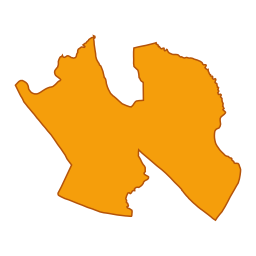 Kampong Rou, Svay Rieng, Cambodia
{"feature_id": "14789045B79980971591511", "entity_name": "Kampong Rou", "entity_type": "district", "adm_level": 2, "iso_a3": "KHM", "parent_name": "Cambodia", "parent_adm1": "Svay Rieng", "projection": "albers", "projection_center": [105.949, 10.943], "detail": "fine", "context": "isolated", "style": "filled", "palette": "amber", "viewbox_px": 256, "rotation_deg": 0, "n_neighbors": 0, "source": "geoboundaries", "source_scale": "gbopen_adm2", "svg_char_len": 5708}
<svg xmlns="http://www.w3.org/2000/svg" viewBox="0 0 256 256"><path d="M212.8,77.1L212.4,76.3L211.9,76.2L211.0,76.1L210.5,75.8L210.5,74.7L209.8,74.4L209.2,73.4L209.0,72.6L208.3,71.3L208.2,70.6L208.1,69.4L207.4,69.7L206.7,69.3L205.7,68.5L205.0,67.7L205.6,66.8L206.1,65.7L206.2,65.2L205.7,64.8L204.5,64.7L203.6,64.8L202.7,64.0L202.1,62.7L201.5,62.2L200.5,61.5L199.5,61.0L198.5,60.6L197.4,60.1L195.7,59.6L194.1,59.1L192.9,58.5L191.9,58.2L190.6,58.0L189.1,58.1L188.2,57.9L186.7,57.4L185.4,57.7L184.4,58.0L183.3,57.7L182.5,57.3L181.6,56.8L180.7,57.0L180.1,56.7L179.2,55.9L178.1,54.9L177.1,54.6L175.6,54.5L173.5,54.5L172.2,54.3L171.3,53.9L170.7,53.6L169.4,53.1L168.4,52.2L167.6,50.9L167.2,49.7L166.7,49.4L165.8,50.4L164.9,50.8L164.1,49.9L164.1,48.3L163.7,48.1L162.7,48.3L161.7,48.8L160.8,48.5L160.1,47.7L159.3,46.5L158.5,46.7L158.3,46.3L158.2,45.4L157.9,44.8L157.2,44.6L156.2,44.0L156.4,43.5L156.1,42.7L155.0,43.1L145.9,45.4L142.2,46.1L137.9,47.0L133.9,48.0L133.6,51.8L133.6,56.4L133.7,59.7L133.6,63.3L134.0,66.5L136.2,68.6L137.9,70.2L138.4,72.1L138.8,74.3L139.1,77.7L139.8,78.3L140.3,79.7L141.2,81.0L143.2,82.4L143.4,100.3L141.3,100.5L139.2,100.6L136.6,101.0L135.5,101.6L134.2,103.3L132.8,105.4L131.2,106.9L129.5,106.7L126.1,105.5L122.2,103.8L119.1,101.1L116.2,98.4L113.7,96.3L112.9,95.8L111.4,94.2L110.7,93.6L110.0,92.4L109.4,91.2L108.6,89.8L107.5,87.2L106.4,83.7L106.1,81.5L105.6,79.2L104.8,77.9L104.2,77.4L104.2,76.9L103.9,75.8L103.2,72.8L102.9,71.4L102.0,69.0L101.3,67.2L100.6,65.8L99.6,65.1L98.9,63.3L98.3,62.5L97.3,60.8L96.6,59.4L95.8,56.5L95.6,53.7L95.0,50.0L94.2,44.5L94.0,41.3L93.7,39.5L93.6,38.8L93.9,38.5L94.9,37.8L95.0,37.2L94.8,36.3L93.6,35.8L93.9,36.7L93.5,37.3L93.0,37.4L92.3,37.4L91.6,37.7L90.2,38.6L88.8,39.6L88.4,40.5L87.5,41.2L86.8,41.8L86.2,42.9L85.1,43.3L83.0,44.9L84.4,46.0L84.9,46.5L84.6,47.2L84.1,47.4L83.5,47.2L81.5,47.0L80.9,47.3L79.8,48.2L78.5,49.0L77.9,50.0L77.6,51.2L77.8,52.2L77.1,53.4L76.7,54.2L76.2,56.6L75.2,57.7L73.5,58.1L72.5,57.8L71.5,57.6L70.9,57.4L70.0,56.7L69.4,56.4L68.4,55.9L67.5,55.8L66.8,56.0L65.6,56.9L64.2,57.4L63.2,57.0L62.8,56.5L62.4,55.3L62.0,56.0L61.1,56.8L60.5,56.8L60.0,57.4L59.4,58.5L58.8,59.9L58.3,61.6L58.4,63.1L58.3,64.9L57.6,67.1L56.4,68.5L55.2,70.1L54.7,71.1L54.6,72.6L55.0,74.2L55.6,75.3L56.2,75.9L56.7,76.3L57.2,76.7L58.4,77.5L58.7,77.8L60.0,78.8L60.7,79.8L60.2,80.5L59.7,80.9L58.9,81.1L57.9,81.9L55.5,84.4L53.1,86.4L51.7,86.9L49.6,87.3L47.4,88.1L45.4,89.1L43.0,90.6L40.3,92.4L38.2,93.5L36.8,93.9L34.6,93.9L32.8,93.3L31.2,92.4L30.1,91.1L29.2,89.9L28.7,89.0L28.5,87.8L28.2,86.1L27.3,84.0L25.9,82.5L23.8,81.2L22.3,80.5L20.4,80.6L18.9,81.5L17.7,82.7L15.4,85.2L19.9,94.3L20.9,96.2L21.7,97.4L22.6,99.0L23.9,101.9L26.2,104.7L27.8,106.8L29.3,108.5L32.7,112.6L34.1,114.2L35.5,116.0L37.0,118.0L39.3,120.6L40.8,122.5L42.8,125.0L45.1,127.6L47.7,130.9L51.1,134.8L54.6,139.8L57.9,144.7L61.1,149.0L65.2,155.1L67.1,159.0L71.6,165.0L61.3,186.9L58.0,193.2L58.1,194.4L58.4,195.1L59.4,195.8L61.2,196.8L65.0,198.6L68.7,199.8L72.2,201.2L76.8,203.1L82.4,205.2L87.4,207.3L92.3,208.9L95.1,210.0L97.5,210.9L100.1,211.9L101.1,212.1L103.6,212.7L107.5,213.2L117.1,214.9L121.3,215.4L125.5,215.9L128.3,216.1L130.6,216.3L131.5,216.2L131.8,215.4L131.9,213.9L132.1,211.7L131.9,210.3L130.7,209.5L129.4,208.6L128.1,208.2L127.2,207.6L127.0,206.7L128.2,206.2L128.4,205.6L127.6,203.3L126.4,202.4L126.5,201.5L126.6,200.3L126.0,199.3L125.8,198.3L126.2,197.2L126.6,195.8L127.9,193.1L129.2,192.7L130.2,193.6L131.3,192.9L132.2,191.2L133.3,190.5L134.7,190.7L134.8,189.9L134.4,189.0L135.1,188.2L136.0,187.5L137.4,187.2L138.8,187.4L140.2,186.5L141.3,185.7L142.2,184.8L143.1,183.5L143.7,181.9L144.8,180.8L146.1,180.1L146.6,179.9L147.6,179.3L148.4,178.3L148.6,177.0L148.0,176.4L146.3,175.5L144.9,174.6L144.1,173.8L144.1,173.0L144.7,172.3L145.3,171.5L145.2,170.6L145.2,167.7L144.6,166.3L143.8,165.3L143.2,164.6L142.5,163.5L141.8,162.3L140.3,159.1L139.3,157.4L138.4,156.0L138.4,155.0L138.5,154.2L138.4,152.8L138.7,149.8L141.6,152.7L151.5,161.1L156.8,165.7L162.1,169.9L165.7,173.1L170.3,177.6L174.6,182.2L179.0,186.5L181.8,189.6L181.8,190.1L182.2,190.6L182.7,191.0L183.4,192.0L184.4,193.3L185.5,194.6L186.4,195.7L187.7,197.0L189.0,198.6L190.4,199.9L191.5,201.0L192.4,201.9L193.9,203.3L194.9,204.1L197.9,206.8L200.8,209.1L202.4,210.2L203.2,210.8L206.2,213.1L208.2,214.6L211.2,217.0L212.4,218.1L213.6,219.0L215.5,220.2L217.2,217.6L219.6,214.5L221.9,211.8L225.1,206.5L227.5,202.1L230.2,196.8L234.2,189.9L236.5,185.8L238.2,183.0L239.4,178.9L240.1,175.0L240.5,171.8L240.6,169.7L240.3,168.4L240.1,167.8L239.7,166.9L239.2,165.3L238.8,164.3L238.0,163.5L236.4,163.3L235.0,163.3L234.2,162.9L233.7,161.5L233.1,161.0L232.2,160.4L231.8,159.6L231.8,158.6L231.3,158.1L230.3,158.0L228.9,157.1L228.1,156.4L226.6,156.2L225.0,155.3L223.8,154.0L221.4,151.7L219.6,149.7L218.4,147.9L217.1,146.1L216.2,144.5L215.6,143.2L215.2,141.7L214.8,139.9L214.5,138.0L214.4,135.7L214.5,133.4L214.8,131.3L215.4,130.2L216.4,129.1L219.1,127.9L220.1,126.2L220.6,124.1L220.3,122.0L220.1,120.1L220.2,118.4L221.1,116.8L224.2,114.3L225.4,112.9L225.5,112.2L224.6,111.2L223.9,110.7L223.2,110.0L222.9,109.4L224.0,108.6L223.3,107.0L222.7,106.4L223.0,105.8L222.8,105.4L222.8,104.7L223.2,103.9L222.9,103.4L222.7,102.5L222.1,101.7L222.2,101.1L221.9,100.0L222.0,99.0L222.0,98.5L221.7,98.1L220.5,96.9L220.8,95.9L221.1,95.6L221.1,94.7L220.5,94.2L219.9,94.2L219.2,94.6L218.5,94.4L218.2,93.8L217.8,92.6L218.2,92.3L218.8,91.1L218.5,90.5L217.8,89.7L218.2,89.1L218.3,88.7L218.3,88.2L218.5,87.8L217.5,87.3L217.7,86.8L217.4,86.4L217.1,85.8L216.9,85.0L217.0,84.0L216.2,83.2L215.6,83.1L215.0,82.2L215.5,80.6L215.8,80.0L215.7,79.1L215.2,78.7L214.4,79.0L213.6,79.2L212.6,78.6L212.4,78.1L212.3,77.7L212.8,77.1Z" fill="#f59e0b" stroke="#b45309" stroke-width="1.5"/></svg>